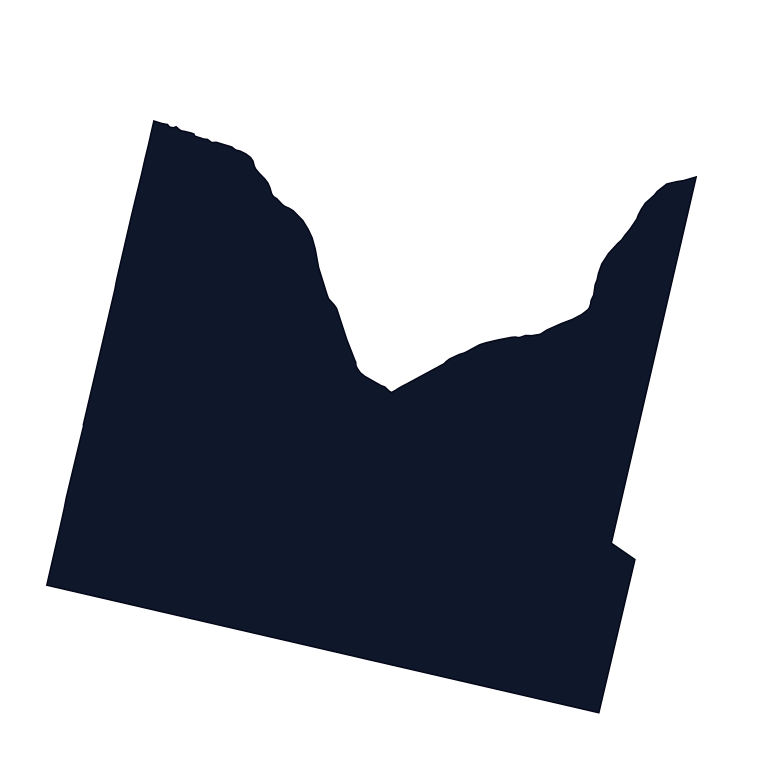 outline of Roberts, South Dakota, United States of America, rotated 283°
{"feature_id": "52423323B57962410347725", "entity_name": "Roberts", "entity_type": "district", "adm_level": 2, "iso_a3": "USA", "parent_name": "United States of America", "parent_adm1": "South Dakota", "projection": "robinson", "projection_center": [-96.708, 45.616], "detail": "fine", "context": "isolated", "style": "filled", "palette": "ink", "viewbox_px": 768, "rotation_deg": 283, "n_neighbors": 0, "source": "geoboundaries", "source_scale": "gbopen_adm2", "svg_char_len": 1767}
<svg xmlns="http://www.w3.org/2000/svg" viewBox="0 0 768 768"><g transform="rotate(283 384 384)"><path d="M112.0,667.3L269.4,668.0L280.0,641.3L656.0,641.6L649.5,630.0L647.2,624.1L642.5,614.5L633.2,607.0L628.8,604.9L619.0,598.0L612.4,595.5L606.0,593.8L601.5,593.2L589.9,588.7L583.3,585.4L577.9,583.2L573.6,580.2L561.8,573.5L549.9,569.2L540.2,568.1L533.5,568.2L528.2,567.4L517.9,568.3L512.1,567.0L508.4,567.3L504.8,567.0L502.4,566.1L496.1,560.9L489.3,553.0L483.0,543.5L473.3,530.6L468.2,525.7L467.2,524.2L464.3,517.0L463.1,511.0L460.2,506.4L459.5,504.7L459.3,501.3L458.1,497.5L452.8,485.6L447.2,474.2L443.8,468.4L432.5,455.5L429.8,450.8L423.3,442.4L419.5,439.3L417.5,438.2L393.4,410.9L387.3,403.9L387.1,403.6L383.4,399.5L380.4,396.6L377.4,393.3L378.2,390.6L381.3,385.4L381.8,381.3L387.2,363.4L389.7,358.3L393.2,354.5L395.5,352.6L399.2,351.4L400.2,350.5L418.8,337.8L447.0,320.8L449.7,317.8L454.6,310.8L458.4,308.3L482.7,294.1L499.9,286.7L510.4,281.0L517.6,275.3L525.0,268.1L532.4,256.5L534.0,251.6L534.7,247.4L536.2,244.2L540.6,237.6L541.4,234.9L542.6,233.1L544.3,231.6L549.4,228.8L553.5,225.8L557.0,221.7L561.1,215.2L564.8,210.4L567.3,208.5L571.7,206.2L574.6,203.1L577.0,197.9L578.6,191.4L578.6,187.1L579.3,185.3L580.7,182.5L581.8,166.1L580.8,163.1L580.6,161.5L582.6,157.0L582.1,152.9L583.0,143.8L584.8,142.6L585.2,139.8L585.3,133.1L585.1,129.4L585.9,127.2L587.9,123.6L587.1,122.3L586.4,121.4L586.1,118.0L586.4,116.9L588.2,114.6L588.0,113.2L587.9,108.6L588.5,100.6L579.0,100.6L564.3,100.7L557.3,100.6L549.3,100.5L534.4,100.6L519.5,100.4L504.6,100.2L489.8,100.1L425.1,100.1L415.4,100.5L351.6,100.4L276.7,100.2L275.4,100.7L261.6,100.5L201.7,100.0L191.1,100.4L171.8,100.6L112.1,100.7L112.0,435.8L112.0,667.3Z" fill="#0f172a" stroke="#020617" stroke-width="1.5"/></g></svg>